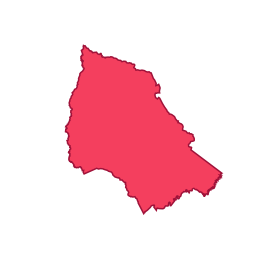 the district of Astrea, Cesar, Colombia, rotated 66°
{"feature_id": "7082276B48671387332315", "entity_name": "Astrea", "entity_type": "district", "adm_level": 2, "iso_a3": "COL", "parent_name": "Colombia", "parent_adm1": "Cesar", "projection": "mercator", "projection_center": [-73.95, 9.507], "detail": "fine", "context": "isolated", "style": "filled", "palette": "rose", "viewbox_px": 256, "rotation_deg": 66, "n_neighbors": 0, "source": "geoboundaries", "source_scale": "gbopen_adm2", "svg_char_len": 5819}
<svg xmlns="http://www.w3.org/2000/svg" viewBox="0 0 256 256"><g transform="rotate(66 128 128)"><path d="M216.4,120.4L213.6,115.2L211.9,115.4L211.4,115.2L211.4,114.4L212.7,114.1L213.1,113.8L213.2,113.5L212.8,113.0L211.7,112.8L210.9,112.3L210.1,111.2L210.2,110.4L210.4,110.1L210.8,110.1L211.1,111.0L211.5,111.4L213.1,111.1L213.3,110.3L212.9,109.7L211.9,108.9L211.9,107.9L211.6,107.4L209.5,105.7L209.4,104.4L208.7,103.0L209.5,102.0L209.5,101.5L209.3,101.0L208.3,100.5L208.2,99.8L208.8,99.4L210.2,100.1L210.2,98.8L212.1,98.5L211.9,98.2L211.1,98.2L210.5,97.8L210.5,96.6L211.0,96.0L211.3,95.1L211.2,94.8L210.0,94.2L209.8,93.0L210.0,92.3L211.5,91.6L212.0,91.0L212.1,90.3L212.7,90.2L213.8,89.3L214.2,89.3L215.6,88.7L215.4,88.1L216.4,87.5L216.5,87.1L216.9,87.1L217.0,86.7L218.1,86.7L218.8,86.2L219.2,86.6L219.8,86.2L221.0,86.4L221.3,86.2L221.5,85.8L221.0,85.4L220.8,84.7L219.9,84.8L220.5,84.3L220.0,83.7L220.2,82.6L221.1,82.5L221.3,81.9L219.8,80.9L219.0,81.1L219.1,80.4L217.9,80.5L217.9,80.2L218.7,79.7L218.2,78.9L217.5,79.9L217.3,79.7L217.1,78.4L218.0,77.7L217.2,77.5L216.8,76.6L217.7,76.8L217.9,75.6L216.9,75.5L216.5,74.9L217.5,74.9L217.9,74.6L217.9,73.6L217.6,73.4L216.8,73.6L216.5,73.4L217.6,72.4L216.5,72.9L216.4,72.3L215.4,72.1L215.4,71.3L214.3,72.0L214.2,71.2L213.4,71.0L213.4,70.3L213.9,69.8L214.0,69.3L213.7,69.1L213.1,69.6L211.8,69.8L211.7,69.4L212.5,68.7L211.3,68.2L212.6,67.2L211.7,66.9L211.7,65.7L211.1,66.4L210.9,65.7L210.2,65.8L209.9,65.3L210.2,64.5L211.1,63.8L211.2,63.3L210.5,63.7L209.7,63.7L210.1,62.4L209.8,62.0L209.3,62.9L208.5,63.2L208.8,62.8L208.2,62.4L207.9,61.2L207.0,61.4L206.4,61.9L206.8,61.0L173.6,79.4L171.8,77.9L171.2,78.1L170.3,79.5L169.6,80.1L167.7,79.4L167.1,77.6L165.9,76.2L166.4,74.1L166.5,73.0L166.3,72.6L164.9,71.9L163.2,71.7L161.9,72.0L160.6,71.4L158.8,72.8L158.6,73.7L158.0,74.2L157.4,74.1L157.4,74.6L156.7,75.8L154.5,76.4L152.2,79.0L150.7,78.3L149.4,77.2L147.6,77.0L146.0,77.6L144.9,78.7L143.7,79.5L143.4,80.1L142.1,79.2L141.5,80.2L138.8,80.9L137.2,80.8L136.3,81.0L133.5,82.6L132.5,83.7L132.2,84.6L130.5,84.6L129.0,85.4L127.5,85.3L123.6,86.1L119.5,86.6L113.8,86.9L112.6,87.5L113.4,89.3L111.4,90.4L108.7,90.0L107.4,88.8L107.9,87.7L107.9,86.6L108.8,84.8L107.2,84.4L104.6,82.5L103.9,82.3L100.6,82.2L100.8,84.0L100.6,85.3L98.7,84.1L94.9,84.2L93.1,84.7L87.1,84.4L86.7,85.1L85.3,85.8L84.8,87.4L83.5,88.9L82.4,89.5L81.2,91.1L80.6,92.3L80.4,93.6L78.8,95.5L78.4,97.2L76.8,97.1L75.6,98.0L75.1,98.1L73.7,96.5L73.1,96.2L72.1,96.6L71.7,97.9L70.9,98.5L70.2,98.6L69.9,99.3L69.1,99.8L68.8,101.3L68.0,102.5L67.5,102.8L66.3,102.9L65.3,104.6L64.9,106.6L63.3,107.2L62.4,108.8L61.3,109.8L60.1,110.1L59.3,110.9L58.2,112.7L57.1,113.1L55.9,114.7L55.9,116.0L55.1,117.4L54.3,119.8L54.7,119.9L54.7,120.3L53.2,121.4L52.8,122.6L52.0,122.8L51.3,122.2L50.3,122.7L49.3,122.3L48.9,122.4L48.7,123.0L49.2,123.9L49.1,124.4L47.8,125.6L46.0,125.9L45.3,127.7L45.2,128.7L44.7,129.2L44.7,129.8L43.4,129.9L43.1,130.4L42.4,130.5L42.0,131.5L38.9,132.2L38.6,132.9L38.0,133.3L35.4,133.8L35.3,134.5L34.5,135.1L35.6,135.9L36.8,136.0L37.8,137.3L38.1,139.0L42.9,139.5L42.8,140.7L43.2,140.8L43.4,141.5L43.8,141.5L43.7,142.0L44.0,142.2L44.5,142.1L45.4,142.7L45.7,142.4L46.7,143.1L46.7,142.7L47.3,142.8L47.1,142.6L47.3,142.2L48.0,142.4L48.2,142.1L48.4,142.6L48.8,142.1L49.4,143.0L50.3,143.3L52.1,144.6L52.4,144.6L52.5,144.0L53.2,144.3L54.8,144.4L55.3,143.9L56.0,144.0L57.6,146.4L58.2,148.7L58.9,149.9L60.2,150.5L62.6,153.0L63.6,153.3L65.0,154.3L66.2,155.9L67.8,156.1L68.1,157.2L69.4,157.5L70.3,158.3L71.0,159.3L71.0,161.1L72.2,162.4L72.4,163.2L72.8,163.5L73.1,164.7L74.6,164.7L75.4,165.6L75.9,166.8L77.6,168.1L77.9,168.9L79.1,169.9L79.9,170.3L80.6,171.2L82.0,171.8L83.1,171.9L83.4,172.4L84.8,172.1L86.2,172.4L87.2,171.4L88.1,171.3L88.6,171.6L88.6,172.4L89.2,173.4L90.0,173.5L90.7,174.0L91.9,173.8L92.7,174.5L93.8,174.6L94.2,175.1L94.0,175.7L94.6,176.4L94.6,176.8L95.8,177.0L96.9,178.0L97.5,178.0L97.7,178.6L99.3,180.2L99.3,180.6L100.3,181.2L100.4,181.6L100.1,182.0L100.8,182.6L101.0,183.9L101.6,184.5L102.0,184.0L103.4,183.8L103.7,184.1L103.5,184.6L103.9,184.8L103.8,185.3L106.0,186.6L106.4,186.2L106.5,185.7L107.0,185.6L107.6,185.1L108.4,185.1L108.7,184.7L109.2,184.7L109.8,185.2L110.7,185.1L111.4,185.5L111.9,185.5L112.0,186.1L112.8,186.5L113.1,187.1L114.1,187.2L114.7,187.6L114.6,188.8L116.4,188.9L117.0,189.4L118.1,189.1L118.8,189.3L119.0,189.0L120.4,188.7L120.8,188.2L122.1,189.1L122.4,188.6L123.8,188.9L124.3,190.2L125.8,191.0L125.5,191.7L126.1,192.2L126.4,191.9L127.0,192.1L127.6,191.5L128.0,191.8L129.1,192.0L129.6,192.7L130.0,192.6L130.3,193.4L131.1,193.7L131.4,194.3L132.3,194.4L132.8,194.9L133.4,195.0L134.0,194.7L134.7,194.9L135.2,194.4L135.8,193.4L136.2,193.8L136.5,193.2L137.7,192.7L139.8,192.4L140.5,193.0L140.9,192.6L141.6,192.9L142.4,192.5L142.3,192.0L143.3,191.4L143.4,190.3L144.0,189.8L143.8,187.8L144.1,187.1L145.0,187.2L145.3,186.8L145.6,187.0L147.2,186.8L148.3,187.1L148.7,185.8L150.2,186.9L152.1,186.8L152.1,173.0L153.5,171.6L153.9,169.6L155.2,167.4L156.1,166.7L158.2,164.2L159.6,163.3L161.6,161.0L163.3,160.7L164.8,160.9L167.4,159.8L169.3,157.7L169.5,157.0L170.1,156.7L170.3,156.2L171.1,156.1L172.2,156.4L173.3,154.4L174.4,154.2L176.2,153.4L176.7,152.4L177.5,152.6L178.0,153.3L179.5,153.1L181.3,154.3L182.5,153.9L184.5,154.2L185.6,153.6L187.0,153.5L188.5,155.0L189.4,155.2L190.7,154.5L191.4,153.7L192.1,153.3L192.0,152.6L193.0,151.7L193.6,149.6L195.2,149.5L196.1,148.7L198.8,148.9L199.6,148.7L200.5,149.2L212.6,148.5L212.2,147.9L212.1,147.0L211.3,146.5L211.4,145.8L211.0,143.8L209.6,139.9L208.6,138.4L208.6,137.6L208.9,136.0L209.3,135.4L209.8,135.5L210.7,136.5L214.7,135.6L213.3,134.5L213.1,133.9L214.3,132.3L216.0,128.9L215.8,127.3L214.6,125.8L214.5,125.3L215.5,123.3L215.2,122.7L213.0,121.3L212.6,120.5L213.3,119.9L215.6,120.9L216.2,120.9L216.4,120.4Z" fill="#f43f5e" stroke="#9f1239" stroke-width="1.5"/></g></svg>